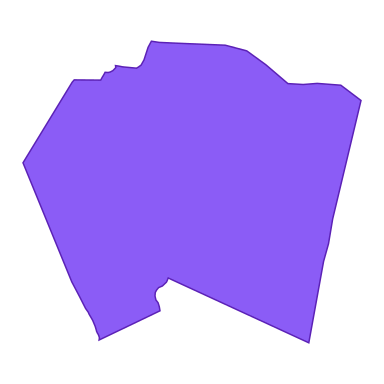 outline of San Juan Bautista Jayacatlán, Oaxaca, Mexico
{"feature_id": "50627088B83375610183183", "entity_name": "San Juan Bautista Jayacatlán", "entity_type": "district", "adm_level": 2, "iso_a3": "MEX", "parent_name": "Mexico", "parent_adm1": "Oaxaca", "projection": "albers", "projection_center": [-96.822, 17.437], "detail": "fine", "context": "isolated", "style": "filled", "palette": "violet", "viewbox_px": 384, "rotation_deg": 0, "n_neighbors": 0, "source": "geoboundaries", "source_scale": "gbopen_adm2", "svg_char_len": 1063}
<svg xmlns="http://www.w3.org/2000/svg" viewBox="0 0 384 384"><path d="M287.9,83.6L265.9,64.8L246.8,50.9L225.3,45.2L199.1,44.1L188.6,43.7L172.3,43.0L172.2,43.0L159.1,42.4L151.4,41.2L150.9,42.1L148.1,47.3L145.3,55.9L144.0,59.9L141.1,65.1L138.2,67.2L137.1,67.8L136.9,67.9L136.5,68.2L136.0,68.1L135.9,68.1L124.1,67.0L122.3,66.8L120.9,66.5L119.9,66.3L119.2,66.2L118.8,66.1L116.8,65.8L115.5,65.6L115.8,67.6L112.8,70.7L111.5,71.3L110.5,71.9L110.2,72.0L108.2,72.5L105.1,72.3L104.9,72.7L104.2,74.0L103.4,75.4L102.4,77.0L100.7,80.1L74.2,79.9L72.2,82.2L23.0,162.8L71.8,281.9L79.5,296.5L85.6,308.5L88.3,312.3L89.1,314.2L91.1,317.6L92.7,320.4L95.2,326.4L96.3,330.1L96.5,331.1L97.5,333.3L98.3,334.5L98.9,336.1L99.4,337.8L99.1,340.0L160.0,310.8L159.3,306.7L158.1,302.8L155.9,299.9L155.0,296.0L155.3,292.4L156.7,289.9L158.6,287.6L162.4,286.0L164.6,283.9L166.4,282.2L167.1,280.8L168.2,278.0L308.8,342.8L323.6,261.3L328.5,243.8L332.7,218.8L339.6,190.0L349.6,148.2L361.0,100.5L340.8,85.2L317.2,83.4L303.2,84.5L287.9,83.6Z" fill="#8b5cf6" stroke="#5b21b6" stroke-width="1.5"/></svg>